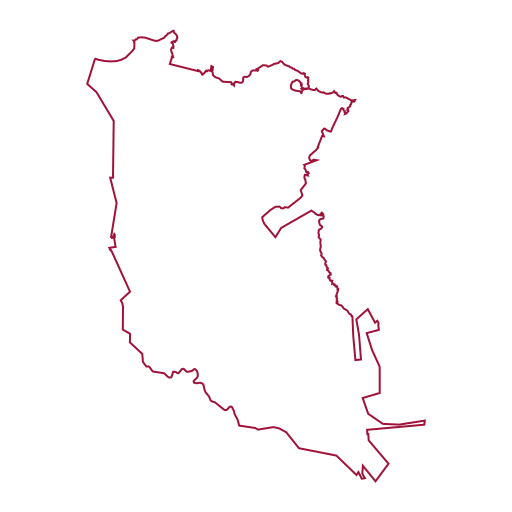 Palizada, Campeche, Mexico (Robinson projection)
{"feature_id": "50627088B79196396706593", "entity_name": "Palizada", "entity_type": "district", "adm_level": 2, "iso_a3": "MEX", "parent_name": "Mexico", "parent_adm1": "Campeche", "projection": "robinson", "projection_center": [-91.915, 18.262], "detail": "fine", "context": "isolated", "style": "outline", "palette": "rose", "viewbox_px": 512, "rotation_deg": 0, "n_neighbors": 0, "source": "geoboundaries", "source_scale": "gbopen_adm2", "svg_char_len": 5900}
<svg xmlns="http://www.w3.org/2000/svg" viewBox="0 0 512 512"><path d="M113.7,120.9L113.0,177.7L110.2,177.7L116.6,203.1L111.1,237.0L111.6,237.1L111.9,237.9L113.0,237.7L114.3,234.1L114.7,234.6L114.8,236.8L114.2,238.5L115.6,246.9L109.4,247.8L110.7,249.8L110.3,249.9L111.8,251.5L130.0,291.7L120.7,300.3L122.3,303.2L123.0,306.7L122.8,329.6L130.1,333.8L129.9,342.4L142.3,353.9L142.9,361.8L146.3,366.5L148.4,366.4L149.5,367.1L152.1,370.7L153.2,371.6L164.0,373.2L168.0,376.9L169.5,377.6L171.0,377.4L171.6,376.7L173.2,371.7L175.5,371.9L177.6,373.2L178.5,373.2L182.0,369.0L183.7,368.8L186.3,371.4L187.7,371.8L191.8,371.0L194.3,369.1L195.3,369.2L197.1,371.2L197.7,373.8L197.7,376.5L196.9,377.9L193.8,380.7L193.6,381.6L194.0,382.7L196.5,383.3L200.0,382.7L202.3,383.5L203.3,384.4L204.6,390.0L205.5,392.1L209.1,396.6L210.6,400.4L212.2,401.5L214.8,402.2L224.0,409.6L224.8,410.0L226.8,409.9L229.6,406.9L230.9,406.5L232.0,407.1L234.0,411.2L234.5,413.7L235.5,415.8L237.5,419.3L239.2,425.6L255.2,428.0L258.0,429.6L273.4,427.1L279.0,428.3L286.3,432.3L298.9,448.2L336.4,455.6L356.5,475.0L358.4,472.1L361.8,478.7L364.9,478.2L362.3,473.8L362.9,465.8L375.5,481.3L388.5,463.7L368.7,440.4L368.3,434.1L367.4,434.2L367.1,429.8L424.3,424.7L424.8,420.6L399.2,424.6L383.0,423.9L368.2,413.8L362.7,398.0L379.7,393.0L379.7,370.4L379.6,366.6L371.9,349.6L366.7,333.1L378.8,329.9L378.3,324.9L378.6,323.1L377.3,320.8L375.0,322.7L367.8,309.1L356.3,319.4L359.0,334.6L361.0,359.5L355.4,360.1L353.3,336.6L352.4,316.4L351.8,316.4L351.0,314.6L349.1,313.6L347.3,310.6L343.5,308.3L342.6,306.7L341.1,305.3L339.6,305.1L336.6,303.2L336.6,302.3L337.2,302.1L336.8,301.5L337.4,301.1L336.7,299.9L336.7,298.9L337.1,298.4L336.4,297.3L336.7,296.7L336.0,296.1L336.7,295.5L336.5,294.6L338.0,290.6L337.5,289.9L338.2,289.4L338.2,288.7L337.4,288.1L337.0,286.4L336.4,286.5L336.1,285.9L335.5,286.2L335.2,285.3L334.5,285.2L334.4,284.3L333.6,284.4L332.6,283.5L332.2,283.7L332.4,282.5L331.7,281.6L332.2,280.7L330.2,280.5L329.5,279.0L329.6,277.9L328.4,277.7L328.1,277.2L328.6,275.9L329.5,275.6L329.9,274.7L330.7,274.6L330.6,273.1L329.2,272.2L328.1,270.4L327.1,270.0L327.0,269.3L327.9,268.3L326.5,266.7L326.4,265.3L325.4,264.9L325.2,263.2L325.9,262.0L325.8,261.1L324.0,258.9L323.7,257.9L322.4,257.2L321.1,255.4L321.7,253.8L320.3,251.0L320.1,249.6L320.8,246.7L320.3,242.3L320.7,240.0L320.3,239.1L318.6,237.3L319.1,234.8L318.4,233.2L318.9,229.8L321.1,228.7L322.0,227.5L322.1,226.6L319.9,224.8L319.2,222.4L319.1,220.5L320.2,219.2L323.3,218.5L323.7,216.6L323.1,214.0L321.8,212.7L320.6,214.0L321.5,215.4L317.7,215.0L315.4,213.7L314.0,212.3L311.4,210.6L281.2,227.9L275.4,237.2L264.3,223.8L262.7,220.1L262.2,217.2L270.3,210.1L275.4,206.8L279.6,206.6L281.0,208.1L282.6,208.4L283.6,208.2L284.7,207.2L288.1,207.6L300.7,197.7L302.4,195.5L300.7,190.0L305.9,183.5L305.3,179.6L304.7,178.7L304.4,177.4L304.8,174.9L307.8,175.5L307.2,174.2L308.7,173.3L308.2,172.1L306.2,171.9L305.7,169.9L304.4,168.3L304.8,165.7L304.2,164.9L316.6,160.2L313.5,159.7L312.7,160.5L310.9,160.8L309.7,159.8L309.2,157.6L309.8,155.5L315.9,150.2L318.2,147.5L317.8,147.0L322.1,135.9L323.9,136.3L321.8,131.1L323.9,128.7L324.6,128.5L327.2,130.5L330.4,131.6L331.1,131.4L332.0,128.6L337.8,116.4L340.9,108.9L342.1,108.1L342.9,109.0L343.4,108.9L343.6,110.2L344.6,111.2L344.6,112.2L346.1,112.8L345.8,113.3L345.4,113.0L345.0,114.0L346.2,113.6L348.4,111.1L348.2,109.9L347.5,109.8L347.8,109.5L347.6,108.0L349.0,107.4L350.3,106.1L350.1,105.2L351.2,104.0L351.3,102.7L351.7,101.8L354.3,101.5L355.1,100.0L354.2,100.1L353.6,100.7L352.7,100.3L351.4,100.4L345.8,97.4L343.8,97.5L343.1,96.0L341.9,96.1L341.0,96.7L339.6,96.4L337.5,94.9L336.5,92.8L335.7,93.1L334.5,92.2L334.6,91.6L334.1,91.1L333.5,92.2L332.0,92.9L330.2,93.5L329.6,93.2L328.6,93.8L326.3,93.7L324.7,93.2L323.7,92.3L322.5,92.6L320.3,92.0L318.3,90.8L316.3,88.6L314.7,90.1L314.2,90.1L311.2,89.5L308.3,88.3L307.3,88.9L303.3,89.3L301.8,91.5L301.5,93.1L301.3,93.1L300.4,91.4L295.4,90.6L292.1,89.3L291.2,88.6L290.8,86.1L291.5,83.5L292.6,81.7L294.0,81.5L296.2,79.9L298.0,80.3L299.6,81.4L300.5,82.5L300.9,84.0L301.2,84.2L301.6,83.9L301.8,84.8L301.0,85.0L301.2,86.0L302.0,87.6L303.6,88.3L302.1,88.7L302.7,89.2L302.1,89.3L302.6,89.7L303.5,88.8L308.0,88.4L308.9,86.9L308.9,86.1L307.7,83.8L308.4,82.0L307.9,80.7L308.4,79.9L307.9,78.0L308.2,77.5L307.7,77.3L307.5,77.7L306.8,77.7L305.3,76.8L304.7,75.2L304.9,73.8L304.1,73.7L303.8,73.1L303.4,73.1L302.8,73.8L300.9,73.3L297.7,70.8L295.1,70.0L294.2,68.9L292.7,68.7L291.9,67.7L290.5,67.4L289.2,66.3L288.7,66.4L284.4,64.5L282.0,61.8L280.4,61.1L278.2,63.1L274.0,63.9L272.6,64.8L268.1,66.7L266.5,65.5L263.0,65.2L258.3,68.3L258.2,69.8L257.6,70.8L257.1,70.5L256.9,69.5L256.4,69.2L255.8,70.5L252.9,70.4L251.3,71.4L250.8,72.1L250.3,74.4L248.7,76.2L246.8,77.0L245.0,76.7L243.5,77.3L243.0,78.8L243.3,79.7L243.0,81.4L242.1,82.4L241.0,82.8L239.2,82.6L237.9,82.0L237.0,82.2L235.5,81.7L234.7,82.4L234.5,83.6L234.0,84.2L233.9,85.5L233.3,84.9L233.7,83.6L231.9,84.5L231.5,84.2L231.7,83.2L231.1,82.2L222.7,81.7L219.1,78.5L215.6,77.3L214.0,76.2L213.1,75.1L212.3,71.6L213.0,66.9L211.4,66.1L210.6,70.9L208.6,70.3L207.7,70.6L207.2,71.3L206.7,71.3L206.4,70.7L205.8,70.9L204.1,73.4L202.7,74.1L202.6,74.6L202.0,74.4L201.4,72.6L200.9,72.5L199.3,70.6L198.0,70.2L198.0,71.1L169.8,64.0L171.8,57.8L173.0,57.3L172.5,56.8L173.0,56.8L172.3,53.7L171.5,52.0L171.1,49.4L172.0,47.5L173.3,47.9L173.5,46.3L172.8,43.6L171.5,42.7L171.7,42.1L173.9,41.2L174.6,42.0L175.0,42.0L175.4,40.9L176.4,40.6L176.7,38.6L177.3,38.0L177.0,35.9L175.6,33.9L174.4,33.0L173.6,31.5L173.7,30.8L173.2,30.7L169.1,33.3L168.1,33.4L166.6,35.3L165.4,36.0L164.3,37.6L158.3,40.6L156.3,40.9L153.9,40.5L145.0,37.6L141.3,37.3L138.2,37.6L136.7,39.4L135.7,39.4L134.6,40.6L133.7,40.6L134.0,40.9L134.0,41.8L134.4,42.2L134.3,48.3L132.5,50.8L125.8,57.5L121.0,59.9L116.3,61.1L110.7,61.4L105.3,61.1L98.0,59.7L95.6,58.8L94.9,59.2L87.2,83.9L96.5,92.2L113.7,120.9Z" fill="none" stroke="#9f1239" stroke-width="2"/></svg>